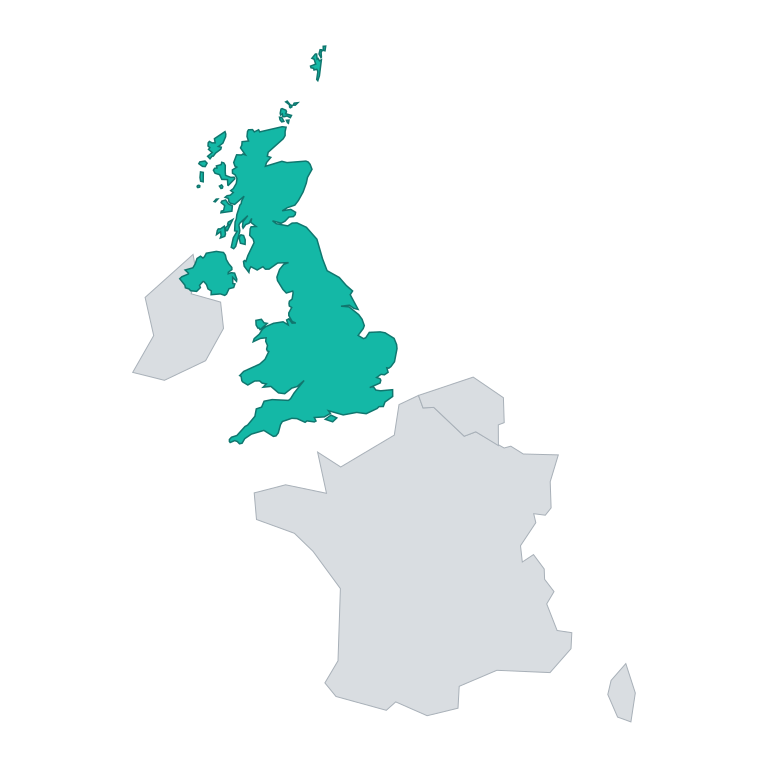 United Kingdom shown with its bordering countries
{"feature_id": "GBR", "entity_name": "United Kingdom", "entity_type": "country or territory", "adm_level": 0, "iso_a3": "GBR", "parent_name": "Europe", "parent_adm1": "", "projection": "orthographic", "projection_center": [-4.115, 55.427], "detail": "fine", "context": "with_neighbors", "style": "filled", "palette": "teal", "viewbox_px": 768, "rotation_deg": 0, "n_neighbors": 3, "source": "natural_earth", "source_scale": "50m", "svg_char_len": 7208}
<svg xmlns="http://www.w3.org/2000/svg" viewBox="0 0 768 768"><path d="M510.8,446.2L523.3,454.0L558.3,454.9L550.2,481.7L551.1,507.9L545.3,515.2L533.7,513.7L535.8,522.7L520.5,545.7L522.3,562.0L533.5,554.6L544.2,569.0L544.6,579.3L554.0,591.6L546.7,603.9L557.1,630.5L571.8,632.7L571.0,648.7L550.0,672.6L496.8,670.3L459.2,686.3L458.0,708.2L427.1,715.7L395.7,701.9L386.3,710.3L336.0,696.5L324.9,682.9L338.0,660.8L340.4,588.6L313.1,551.4L294.4,533.3L256.5,519.5L254.2,492.9L285.6,484.8L326.5,493.3L317.6,452.1L340.7,467.0L394.3,435.1L399.0,404.6L418.5,395.4L423.0,407.9L433.8,407.4L464.2,436.2L475.8,431.8L504.1,448.0L510.8,446.2ZM611.1,680.4L625.8,663.6L635.3,693.0L630.9,721.9L617.6,717.1L607.8,694.5L611.1,680.4Z" fill="#d9dde1" stroke="#a8b0b8" stroke-width="1"/><path d="M503.4,397.7L504.2,422.6L498.3,424.9L498.4,445.6L475.8,431.8L464.2,436.2L433.8,407.4L423.0,407.9L418.5,395.4L473.2,377.1L503.4,397.7Z" fill="#d9dde1" stroke="#a8b0b8" stroke-width="1"/><path d="M220.6,302.1L223.5,328.4L205.6,360.7L164.4,380.3L132.7,372.4L153.7,335.6L145.1,297.4L193.1,254.4L196.5,274.3L191.2,293.8L220.6,302.1Z" fill="#d9dde1" stroke="#a8b0b8" stroke-width="1"/><path d="M304.1,380.5L297.2,386.5L291.8,388.1L284.7,393.7L278.5,392.9L270.9,386.4L263.1,387.2L266.3,383.9L262.1,383.1L259.6,380.9L254.7,381.0L247.8,385.0L242.8,382.0L241.8,380.7L241.1,376.3L239.7,375.6L243.7,371.4L259.7,364.1L265.0,359.4L268.8,351.5L267.3,350.9L266.6,349.1L267.5,345.5L265.7,341.3L266.1,337.8L260.4,338.4L253.2,341.7L254.2,338.6L259.4,334.1L262.4,329.3L265.9,326.6L273.5,323.3L283.1,321.8L288.2,324.9L286.6,320.0L288.8,318.8L292.1,323.2L295.8,323.0L292.2,321.5L288.8,315.6L288.8,312.9L291.7,307.5L289.3,306.0L289.0,303.4L289.4,301.2L292.1,299.1L293.1,292.7L292.7,291.1L286.3,293.0L282.9,289.4L277.5,280.6L276.9,277.1L279.6,269.4L283.7,264.4L288.6,262.6L277.7,263.0L269.1,269.1L265.4,269.2L262.9,266.7L257.2,270.0L250.9,266.7L249.4,269.4L248.9,272.4L244.2,266.2L243.5,261.4L244.7,260.5L245.9,261.4L247.9,255.5L254.1,242.6L253.1,239.0L249.7,235.3L250.2,228.8L251.1,226.8L256.1,226.5L250.8,222.3L251.7,218.4L249.1,223.2L245.7,224.6L243.1,228.2L242.5,226.7L243.0,221.7L247.8,215.6L239.7,223.3L238.9,225.0L239.8,230.4L239.5,232.5L235.7,246.4L233.7,248.7L231.2,247.3L233.3,237.8L237.1,231.3L234.6,230.8L235.1,221.9L236.3,219.0L236.8,214.8L239.9,205.1L241.2,203.6L241.5,201.3L244.1,196.2L234.6,204.4L230.3,203.2L228.9,201.5L228.3,198.4L225.1,197.3L227.1,195.7L230.3,195.2L233.3,192.5L230.7,190.6L233.3,188.6L236.3,183.4L237.0,178.6L235.2,174.9L232.5,173.2L232.4,169.9L236.8,167.1L234.9,166.1L233.7,162.5L236.6,154.8L241.6,155.0L242.8,154.0L245.4,154.9L240.5,147.9L241.8,145.2L242.1,141.7L248.5,141.0L247.0,136.5L247.5,131.5L248.5,129.8L252.5,129.6L254.3,131.9L258.6,129.8L259.7,131.9L282.2,126.7L286.1,127.2L285.1,131.6L285.1,135.6L283.2,138.8L268.2,152.2L267.3,156.2L270.8,157.4L266.5,162.6L265.4,166.3L281.9,161.3L287.0,162.6L305.9,161.1L308.2,162.0L310.1,164.3L312.0,169.3L307.5,177.4L306.3,183.1L303.1,192.0L298.4,200.5L294.9,205.1L287.5,207.6L282.2,210.8L290.8,209.4L295.6,212.3L295.2,214.7L293.4,216.6L289.0,217.0L285.0,221.2L281.3,223.2L272.5,220.8L276.2,223.7L287.8,225.9L292.1,223.1L297.0,222.9L306.4,227.3L316.9,239.2L322.6,259.0L327.1,270.7L339.3,277.5L346.2,285.4L352.6,291.0L350.2,294.7L358.1,309.4L353.9,308.4L349.4,305.2L341.0,306.2L349.0,306.9L358.7,314.6L362.1,319.3L364.3,325.6L363.2,328.6L358.1,335.4L363.4,338.6L365.7,337.8L369.3,332.4L380.2,331.9L385.1,332.8L394.1,338.4L396.6,344.6L397.0,348.6L394.5,361.7L390.9,366.6L388.8,368.2L386.8,367.8L388.1,372.3L384.4,374.8L381.0,374.3L376.6,377.5L380.0,378.7L380.8,380.2L380.1,383.0L369.7,387.6L372.1,386.8L373.8,387.3L375.9,390.1L380.6,390.8L392.6,389.7L392.7,396.4L385.0,402.0L383.3,406.5L379.0,406.6L377.1,408.5L366.2,413.7L356.7,412.4L343.2,414.9L328.4,410.7L330.4,413.4L324.3,416.9L314.3,417.5L316.0,421.0L314.3,421.9L307.0,420.9L305.1,422.3L297.0,418.6L291.8,418.3L282.4,421.5L280.5,424.6L278.3,432.9L276.0,435.9L273.4,436.4L263.9,430.4L251.4,434.1L244.7,438.7L242.1,443.2L239.5,443.8L237.3,441.5L234.7,440.6L230.2,442.5L229.4,441.5L229.4,439.5L231.5,437.2L236.9,435.5L245.0,426.5L247.6,425.1L254.9,416.3L256.3,408.9L261.6,407.1L264.1,401.2L272.1,399.6L288.4,400.4L290.5,398.8L294.1,393.0L304.1,380.5ZM220.4,293.9L211.1,294.7L211.3,290.9L208.0,288.9L206.5,284.6L203.9,281.6L203.0,281.5L199.5,285.3L200.4,287.6L196.6,291.4L190.6,290.7L189.1,289.0L185.4,287.8L184.9,285.2L179.7,278.7L181.9,276.7L188.3,274.0L188.5,273.2L185.1,270.0L192.9,267.8L195.2,263.9L197.0,258.5L200.5,256.2L202.9,258.0L204.4,256.8L206.3,253.2L216.3,251.4L223.5,252.5L225.4,255.2L226.3,259.5L228.7,263.7L231.8,267.4L231.9,269.6L228.3,272.2L228.2,273.8L231.2,272.7L234.6,273.1L236.8,279.2L236.5,281.3L232.6,277.3L232.8,283.5L234.9,283.9L233.7,287.5L229.0,288.7L226.5,294.1L224.7,295.4L220.4,293.9ZM225.6,136.8L222.9,143.1L218.4,146.5L221.3,147.2L220.8,149.2L215.6,153.1L213.3,156.1L212.1,156.1L210.0,158.8L207.6,156.3L212.2,152.5L208.5,149.4L209.9,147.7L208.0,146.0L208.2,142.8L209.4,141.4L212.1,142.9L215.2,142.8L214.4,138.7L225.0,131.6L225.8,134.1L225.6,136.8ZM225.3,165.4L225.2,171.9L225.6,175.4L230.7,177.4L234.1,177.2L234.8,178.8L228.3,185.4L227.8,185.1L227.5,179.6L221.8,179.4L219.6,174.7L215.0,173.2L213.4,170.2L214.6,168.3L217.0,168.0L216.4,165.9L221.2,164.6L221.7,162.3L223.8,162.9L225.3,165.4ZM316.6,54.0L317.1,59.1L318.0,58.4L319.5,60.8L321.4,59.8L319.4,75.9L317.8,80.7L316.7,79.5L317.8,72.0L317.5,70.6L316.8,69.3L314.0,70.0L313.6,68.3L311.0,67.8L310.5,66.1L315.7,64.1L314.1,59.2L311.9,58.3L315.4,54.0L316.6,54.0ZM231.9,211.2L220.9,212.8L221.3,211.1L223.6,210.5L224.7,205.6L221.1,202.6L221.8,201.1L225.6,200.0L228.6,204.1L232.4,205.8L231.9,211.2ZM264.0,322.8L267.2,323.4L260.1,329.7L259.1,328.1L257.9,328.1L256.1,325.0L255.9,320.4L261.4,319.3L264.0,322.8ZM224.3,226.2L225.5,233.9L224.8,236.3L220.3,238.0L221.1,235.7L220.6,231.7L216.5,234.6L217.3,230.5L218.3,228.9L220.4,228.9L224.3,226.2ZM286.5,111.7L285.6,113.7L291.5,115.4L290.3,117.7L287.1,116.0L283.8,116.8L282.7,116.1L282.3,113.9L280.6,115.0L280.2,113.2L281.0,109.1L282.1,108.6L285.9,110.2L286.5,111.7ZM245.1,244.4L240.4,243.2L239.2,238.1L239.7,236.3L240.9,234.8L243.6,235.5L245.2,239.8L245.1,244.4ZM336.8,417.9L332.7,421.8L325.3,419.3L331.0,415.1L336.8,417.9ZM227.4,230.6L226.0,230.8L225.4,227.7L228.8,224.7L227.6,224.1L228.3,222.1L232.8,219.5L227.4,230.6ZM205.0,161.0L207.1,163.2L205.2,166.6L202.5,166.4L198.8,163.7L199.8,161.9L205.0,161.0ZM203.2,181.8L200.6,181.2L200.0,177.5L200.5,171.9L203.3,172.4L203.2,181.8ZM321.4,57.2L321.0,57.7L319.0,54.0L320.1,49.7L321.7,49.8L322.0,50.9L321.1,52.3L321.4,57.2ZM291.9,106.9L290.3,107.8L289.6,107.1L289.4,104.7L285.7,101.9L287.2,101.1L290.3,104.9L291.9,105.4L291.9,106.9ZM283.9,121.4L281.7,121.9L280.0,119.8L279.5,117.2L281.8,117.4L283.9,121.4ZM325.7,46.1L325.0,50.8L323.3,50.4L323.2,46.3L325.7,46.1ZM295.3,105.2L293.1,105.2L294.2,103.1L297.9,102.7L295.3,105.2ZM222.4,188.1L221.0,188.5L219.4,186.1L221.6,184.9L222.8,186.5L222.4,188.1ZM288.4,123.3L287.5,122.7L286.4,120.3L289.0,120.1L288.4,123.3ZM215.3,201.9L214.1,201.5L216.2,199.1L217.9,199.0L215.3,201.9ZM199.6,187.2L197.8,187.6L197.1,186.8L197.5,185.6L198.9,185.2L199.9,185.9L199.6,187.2Z" fill="#14b8a6" stroke="#0f766e" stroke-width="1.5"/></svg>